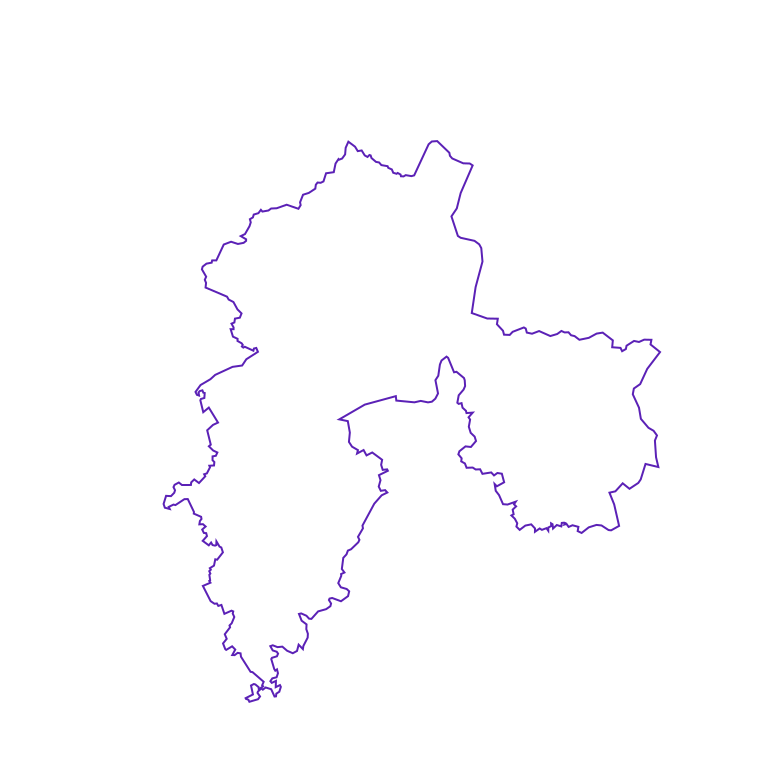 Dhaka, Dhaka, Bangladesh, rotated 244°
{"feature_id": "16705992B90744549146712", "entity_name": "Dhaka", "entity_type": "district", "adm_level": 2, "iso_a3": "BGD", "parent_name": "Bangladesh", "parent_adm1": "Dhaka", "projection": "mercator", "projection_center": [90.205, 23.783], "detail": "fine", "context": "isolated", "style": "outline", "palette": "violet", "viewbox_px": 768, "rotation_deg": 244, "n_neighbors": 0, "source": "geoboundaries", "source_scale": "gbopen_adm2", "svg_char_len": 6166}
<svg xmlns="http://www.w3.org/2000/svg" viewBox="0 0 768 768"><g transform="rotate(244 384 384)"><path d="M281.9,132.7L264.8,133.0L260.8,135.3L260.0,137.6L257.2,137.8L256.7,141.0L247.4,139.8L247.1,147.6L245.7,148.8L244.0,147.4L240.2,147.3L235.7,142.2L234.7,139.3L232.8,139.0L228.9,131.2L223.9,130.9L221.4,125.6L215.3,125.1L214.2,125.6L214.8,132.5L210.5,133.9L206.9,128.8L205.8,130.9L206.5,134.6L204.8,137.0L201.6,135.9L183.8,137.9L182.7,139.5L169.1,145.3L166.6,142.4L165.3,142.8L164.4,137.6L166.5,138.4L170.3,136.7L171.4,135.5L171.3,132.3L162.4,130.1L162.3,121.9L161.5,121.9L159.7,123.7L157.4,123.7L155.9,132.6L157.5,135.6L161.8,134.9L162.8,135.8L164.2,140.3L162.4,141.1L163.1,144.6L159.1,148.8L151.1,148.6L150.6,150.0L152.9,151.5L153.3,155.0L157.0,158.5L159.0,158.5L159.0,153.8L164.5,156.7L164.6,152.1L166.7,151.6L168.4,154.6L167.5,158.9L170.5,161.9L174.4,162.7L174.0,160.6L176.0,160.4L186.2,162.1L187.0,163.3L186.2,168.4L188.1,170.6L190.4,170.2L193.3,167.2L198.2,166.9L197.9,169.5L194.2,172.9L192.5,177.5L186.7,180.0L182.0,184.0L182.2,188.8L187.1,193.0L181.3,194.9L183.9,196.7L189.5,204.2L192.9,206.1L197.7,206.7L201.9,209.0L207.4,206.2L214.6,206.8L214.1,209.0L209.7,212.7L205.9,213.8L204.7,215.8L208.5,225.1L207.0,233.3L207.8,238.4L209.9,240.2L214.0,239.8L215.0,241.0L214.4,243.6L207.6,250.1L209.1,258.7L212.9,261.8L216.1,260.6L220.2,256.1L225.1,255.6L230.3,261.5L232.0,262.1L231.9,265.8L236.2,265.0L245.6,271.2L247.3,275.6L250.1,278.5L249.9,281.9L253.0,291.5L254.7,293.6L258.0,293.6L263.5,301.8L266.2,302.6L280.7,322.8L285.0,333.1L285.0,339.4L288.1,338.5L289.4,334.3L294.1,334.3L299.1,338.7L304.3,339.5L304.3,349.4L305.9,349.4L307.4,345.2L312.6,346.0L316.7,349.1L327.6,343.4L327.5,337.0L333.6,336.7L333.3,329.3L336.0,331.6L341.7,327.8L347.3,327.1L355.3,332.0L366.5,335.2L371.8,328.3L373.9,357.7L367.9,389.3L363.7,387.8L354.2,403.3L352.7,409.6L348.2,415.5L347.1,419.3L348.3,423.7L351.8,428.4L364.9,431.9L367.6,436.4L377.0,442.8L379.9,446.0L381.2,452.2L379.4,453.1L363.8,452.1L363.2,454.5L354.3,458.5L352.0,458.2L346.6,456.0L344.1,453.1L341.1,446.2L335.0,441.7L333.4,442.4L332.8,445.3L328.3,444.2L324.0,445.9L321.7,445.4L319.4,451.2L317.0,445.4L314.3,445.8L308.4,441.5L302.1,440.5L297.0,442.4L292.4,441.7L289.3,434.5L292.2,429.9L290.5,422.3L288.2,420.0L283.2,421.2L280.6,419.5L277.1,421.9L272.5,421.5L270.0,427.1L267.0,428.9L265.2,433.0L260.1,433.1L257.5,441.6L253.6,442.8L254.3,446.9L251.7,450.6L243.0,448.9L242.6,440.6L245.6,439.6L239.0,437.6L233.7,438.7L223.8,438.3L221.5,442.2L220.5,450.8L218.9,448.1L216.1,449.1L214.7,444.6L210.1,443.4L210.0,440.9L205.6,442.5L200.4,442.7L197.8,440.5L193.4,442.0L194.8,449.0L193.3,454.8L188.0,456.4L185.0,454.9L185.9,460.6L183.7,462.0L183.2,466.8L180.1,467.3L183.0,468.8L183.0,472.0L185.5,473.1L184.1,474.0L180.0,472.6L181.5,477.5L178.3,480.9L181.2,482.9L180.4,485.1L179.6,485.9L178.6,484.5L178.2,486.7L174.6,487.3L174.4,491.5L170.4,496.1L166.9,493.6L163.5,496.3L165.4,505.2L164.2,513.2L161.5,517.5L154.3,521.8L152.9,524.0L153.4,533.1L174.9,538.1L187.5,539.0L186.1,544.9L190.1,555.0L182.2,558.7L183.6,569.2L185.7,572.9L197.5,584.0L189.1,594.2L198.9,596.4L214.4,602.7L218.1,606.8L223.8,605.8L228.7,602.5L240.1,599.6L250.9,602.8L265.7,603.1L270.4,606.6L271.6,614.2L282.2,627.2L291.7,646.1L302.7,640.9L306.5,643.7L309.8,637.3L310.0,631.6L313.1,627.6L312.1,618.8L309.4,616.7L309.1,612.4L312.8,612.4L317.0,605.2L322.9,608.8L334.3,603.1L336.1,597.2L335.7,588.3L338.1,579.0L343.5,576.3L345.8,573.5L349.6,572.5L351.2,568.9L353.9,566.7L353.0,561.6L354.2,554.5L363.6,546.6L364.3,539.1L367.6,534.9L371.7,535.7L373.5,534.5L374.5,522.5L373.0,518.5L375.7,513.5L379.7,514.3L388.2,511.7L392.8,514.9L397.6,505.5L409.3,494.0L430.9,508.8L450.9,526.2L463.5,531.0L467.8,530.8L473.0,528.1L481.8,517.0L484.7,515.3L505.1,518.1L509.9,526.4L522.0,536.6L541.6,559.5L544.6,557.7L547.6,552.0L556.8,544.2L560.2,543.3L563.2,544.1L579.0,538.3L581.0,533.3L579.9,529.2L558.3,502.6L558.8,499.8L562.2,495.1L562.0,492.6L563.3,490.3L565.0,490.7L567.7,488.8L567.4,487.5L569.8,484.9L573.4,485.1L576.4,482.6L578.2,482.7L581.9,477.6L585.3,476.7L587.1,474.2L592.6,471.8L595.3,472.2L596.2,471.3L595.3,468.7L597.9,466.9L603.7,466.3L604.8,462.5L610.0,462.0L617.4,458.2L613.1,453.1L607.4,449.7L605.0,445.2L605.3,441.9L606.1,441.7L603.4,437.1L596.4,431.7L598.8,424.3L592.6,418.4L592.6,415.3L594.2,412.6L593.0,410.1L589.7,407.9L588.7,400.2L589.6,394.2L584.1,388.2L581.3,387.5L579.0,383.9L587.8,375.1L589.0,364.6L591.2,359.5L590.6,356.2L592.3,350.3L594.5,349.7L592.6,346.0L593.4,341.2L591.2,339.2L590.9,335.7L587.7,335.1L584.8,332.3L579.7,324.8L579.7,320.1L574.5,323.5L573.1,322.8L572.4,319.7L573.9,314.1L578.9,308.9L579.6,301.1L568.6,287.5L570.4,283.7L568.6,282.3L570.0,277.2L569.0,272.5L566.9,270.6L558.4,271.2L556.2,268.6L552.9,268.4L548.9,265.9L531.3,281.2L528.0,281.4L523.7,284.6L515.3,285.0L509.9,286.9L506.8,283.5L508.1,278.7L504.9,276.5L505.1,273.4L500.8,273.6L499.2,272.8L500.5,270.2L492.8,269.0L488.8,272.2L486.9,271.2L483.0,273.9L481.0,274.2L480.0,272.7L478.4,273.5L478.5,275.2L471.2,281.2L472.9,282.6L472.4,285.0L468.2,284.8L466.6,271.1L462.8,264.6L465.8,255.4L466.2,236.3L464.4,230.1L463.5,218.7L459.5,211.1L456.3,211.1L454.7,212.7L457.7,213.6L458.4,215.3L457.9,218.0L455.4,217.8L454.5,218.9L450.2,216.4L450.8,212.9L449.9,211.8L437.9,209.2L439.6,216.2L422.1,217.9L422.2,212.4L419.9,204.8L405.4,201.7L404.8,199.3L399.1,201.3L395.5,204.2L393.2,201.4L394.1,198.2L390.7,196.5L388.2,197.3L385.3,195.5L387.1,191.2L385.4,191.1L381.3,185.6L381.7,182.8L379.4,182.9L376.1,174.3L381.4,171.6L380.1,167.6L377.9,166.2L381.8,158.1L385.4,156.4L385.2,151.6L383.6,149.6L380.1,149.6L378.2,147.8L376.6,143.4L379.0,139.1L372.8,133.3L368.9,132.8L365.6,136.6L367.9,136.6L367.9,141.9L366.6,143.5L368.0,154.1L366.6,157.2L352.3,157.1L350.9,156.2L344.8,161.4L342.7,160.8L341.6,158.5L338.8,156.5L337.4,159.8L334.1,161.2L332.9,156.8L329.1,156.8L327.9,158.8L324.9,158.2L322.5,152.3L315.8,155.8L317.3,159.1L314.4,159.3L312.8,161.3L312.7,162.6L316.0,164.4L309.9,164.9L308.4,166.1L303.3,165.4L299.2,157.0L300.4,155.5L295.3,151.6L294.8,146.7L293.0,146.9L292.4,144.9L289.7,144.8L289.1,143.4L283.8,141.7L283.6,140.6L281.5,140.9L281.9,132.7Z" fill="none" stroke="#5b21b6" stroke-width="2"/></g></svg>